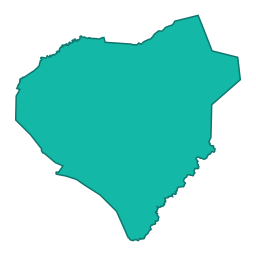 Danli, El Paraíso, Honduras
{"feature_id": "27666195B70228202857481", "entity_name": "Danli", "entity_type": "district", "adm_level": 2, "iso_a3": "HND", "parent_name": "Honduras", "parent_adm1": "El Paraíso", "projection": "orthographic", "projection_center": [-86.384, 14.061], "detail": "fine", "context": "isolated", "style": "filled", "palette": "teal", "viewbox_px": 256, "rotation_deg": 0, "n_neighbors": 0, "source": "geoboundaries", "source_scale": "gbopen_adm2", "svg_char_len": 5665}
<svg xmlns="http://www.w3.org/2000/svg" viewBox="0 0 256 256"><path d="M42.8,153.0L44.1,153.1L55.3,162.6L62.9,165.9L58.8,172.1L58.3,171.9L57.5,172.4L56.9,172.1L56.4,172.1L56.1,172.3L56.0,172.8L56.3,173.5L56.1,173.9L56.5,174.2L65.9,176.0L76.7,179.5L83.6,184.4L100.2,195.0L116.6,211.4L128.2,237.6L128.6,237.6L130.0,239.6L130.7,240.0L133.2,240.6L133.5,240.5L134.1,239.9L135.4,239.8L135.7,239.4L135.9,239.4L136.9,240.1L137.8,240.5L138.1,240.6L138.6,240.5L139.4,238.7L139.7,238.5L139.9,238.5L140.7,239.1L141.1,239.2L141.7,239.0L142.2,238.5L142.5,238.6L143.0,238.9L143.4,238.5L143.9,238.6L144.0,238.4L144.3,238.3L145.6,235.1L145.9,234.9L146.4,234.8L147.4,233.8L147.9,233.5L148.6,231.9L149.2,230.9L150.3,230.0L151.0,229.6L151.1,229.1L150.4,227.8L150.3,227.3L150.6,226.9L150.7,226.0L151.0,225.3L151.5,225.1L152.4,225.1L153.3,224.5L153.9,224.2L154.6,224.2L155.0,224.2L155.6,223.4L155.3,222.3L155.4,221.1L155.6,221.0L156.6,221.2L157.0,221.1L158.0,220.6L158.3,220.2L158.4,218.2L158.9,217.2L158.1,216.4L157.8,215.6L157.3,215.2L157.0,214.9L157.0,214.5L157.5,213.6L156.0,212.9L155.7,212.8L155.9,212.3L155.6,212.0L155.7,211.9L156.2,212.0L156.4,211.7L156.9,211.7L157.1,211.3L157.0,209.9L157.2,209.4L157.9,208.9L157.5,207.2L157.3,206.8L158.2,207.1L158.7,207.5L159.2,207.3L160.4,207.1L160.7,206.4L161.0,206.2L161.3,206.3L161.5,206.5L161.9,206.5L162.6,206.3L163.3,205.8L163.6,205.3L164.3,204.8L164.3,204.5L164.5,204.2L164.2,204.1L164.0,203.9L164.2,203.5L164.2,203.1L164.6,202.8L164.8,202.4L164.6,201.8L164.7,201.5L165.4,201.6L165.2,201.1L165.6,200.8L165.4,199.7L165.1,199.2L164.9,198.6L164.6,198.3L165.4,198.0L166.8,197.9L168.1,197.6L168.6,197.1L168.4,196.5L168.7,196.4L169.0,196.4L169.3,196.6L169.5,196.7L170.0,196.3L170.8,196.3L171.5,195.9L172.3,196.6L172.7,196.6L172.1,194.8L172.1,194.5L172.4,194.1L173.4,193.9L174.0,194.0L174.3,193.8L174.7,194.0L175.1,194.4L175.8,194.0L175.9,193.6L176.2,193.3L175.5,192.2L175.4,191.9L176.4,191.7L176.8,190.9L177.2,190.5L177.0,189.5L177.2,189.0L177.7,188.4L177.6,187.7L178.4,187.2L180.9,186.9L182.1,186.6L182.5,186.6L183.3,186.8L184.0,186.2L184.1,185.9L184.3,184.6L185.3,183.6L185.4,183.4L185.1,182.7L183.9,181.7L183.6,180.7L183.7,180.1L184.0,179.2L184.5,178.8L185.0,177.9L186.2,177.3L186.9,176.4L187.1,175.9L187.0,175.3L187.2,175.0L187.5,174.8L189.0,174.7L189.8,175.1L191.8,175.3L193.0,175.8L193.6,175.1L193.8,174.2L194.0,173.5L194.7,173.2L194.9,172.9L194.1,171.4L194.0,170.8L194.1,170.3L194.9,169.2L194.9,168.5L195.4,168.4L197.6,168.7L198.5,168.3L198.4,167.2L198.9,166.8L198.1,165.9L198.3,164.8L197.4,164.1L197.4,163.3L197.2,162.4L198.0,161.4L197.2,160.4L197.1,160.1L196.1,159.3L196.1,158.6L196.4,157.8L196.9,157.6L197.5,157.0L198.1,156.9L199.5,157.7L200.3,158.3L201.5,158.2L203.5,159.1L204.1,159.2L204.7,159.1L206.7,158.0L207.4,156.1L208.0,155.4L208.6,154.4L208.9,154.2L209.4,154.3L209.9,154.2L211.2,152.6L211.5,151.8L211.7,151.5L212.1,151.5L213.2,152.0L213.6,152.1L214.2,152.0L214.6,151.6L214.7,151.1L214.7,150.3L215.0,149.3L215.0,148.8L214.9,148.5L213.9,148.4L213.6,148.2L213.5,147.9L213.5,146.9L213.4,146.6L213.6,146.2L213.5,145.9L211.3,145.7L211.0,145.6L210.6,145.1L209.8,144.5L209.7,144.1L210.0,143.2L209.5,143.0L208.9,142.0L208.9,141.7L209.1,141.3L209.2,140.8L209.8,140.2L210.1,138.6L210.9,137.7L211.7,104.7L240.3,79.7L237.7,57.3L236.4,57.0L212.1,50.9L202.1,25.3L198.1,15.4L175.0,21.1L174.6,21.5L174.1,22.6L173.6,23.4L172.3,24.9L171.7,25.3L171.3,25.3L168.3,26.3L167.1,26.9L166.0,27.2L164.6,28.3L164.3,28.9L163.3,30.0L161.9,31.0L161.2,31.2L160.0,31.0L158.6,30.9L154.6,34.0L153.2,35.8L152.8,37.0L151.8,37.5L151.4,38.2L150.5,39.1L148.6,39.4L147.4,40.1L146.1,40.6L144.9,41.2L143.1,42.3L142.0,43.6L141.2,44.2L138.7,43.0L137.1,44.7L136.8,44.9L136.0,44.9L132.5,44.7L131.4,44.1L105.2,42.3L103.9,37.5L103.2,37.7L102.4,37.5L101.9,37.8L101.5,38.1L100.7,38.3L100.4,38.5L99.9,38.6L99.4,39.0L98.4,39.1L96.7,38.6L95.7,38.7L94.7,38.6L94.1,38.3L93.0,38.6L91.8,38.5L90.7,38.0L90.4,38.0L89.8,38.4L89.5,38.2L89.3,37.9L88.7,37.7L88.0,38.2L87.7,38.4L87.1,38.2L86.5,38.2L85.9,37.7L85.1,37.5L84.7,37.1L84.2,37.0L82.4,37.4L81.9,36.9L81.5,36.2L81.1,36.0L80.4,36.2L80.0,36.7L79.9,37.2L80.0,38.7L79.6,39.6L79.2,39.8L78.1,39.6L77.8,39.7L77.6,40.8L77.4,41.1L76.8,41.0L75.7,41.2L75.3,41.1L75.1,40.8L75.8,40.1L75.9,39.8L75.8,39.4L75.4,39.2L74.3,39.2L74.2,39.3L74.1,40.3L73.9,40.5L73.6,40.6L73.2,40.3L72.6,40.2L72.1,40.5L72.2,40.9L73.1,41.8L73.0,42.1L72.8,42.4L71.0,43.1L70.4,42.9L69.9,42.2L69.5,42.3L68.8,43.1L69.5,43.5L69.6,44.2L68.9,44.6L68.3,45.3L67.7,45.1L67.2,45.3L66.9,45.2L67.1,44.2L66.8,43.9L66.1,44.1L66.1,44.6L64.9,44.8L64.3,45.4L64.0,45.4L63.2,45.0L62.2,45.2L62.0,45.4L62.0,45.6L62.7,46.3L62.5,47.0L62.2,47.1L61.5,46.9L60.8,47.1L60.5,47.4L60.3,48.0L59.8,48.3L59.6,48.7L59.4,50.4L59.5,51.5L59.4,51.8L59.0,51.8L58.1,51.1L57.5,51.2L56.4,52.1L56.9,53.0L56.8,53.4L54.9,54.4L54.3,55.0L54.0,55.0L53.5,54.6L52.7,54.8L52.3,55.0L51.9,55.7L51.5,56.1L51.1,55.9L50.6,55.4L50.1,55.4L49.8,55.7L50.1,56.4L50.0,56.7L49.6,57.1L48.4,56.8L47.4,55.9L47.2,55.8L46.9,56.7L45.9,58.0L45.5,58.3L45.1,58.3L44.0,57.6L42.8,57.6L41.5,57.3L41.1,57.5L40.8,57.9L40.8,58.3L41.2,58.9L41.7,59.5L41.7,59.8L41.3,60.3L40.4,60.6L40.4,61.1L40.1,61.6L40.0,62.6L39.6,63.3L39.4,65.0L39.2,65.5L37.2,68.1L36.5,68.4L34.2,70.6L23.7,77.5L23.2,77.2L23.0,77.7L22.4,77.7L22.2,78.0L21.7,78.2L21.3,78.6L20.7,78.6L20.5,79.2L20.0,79.4L20.1,79.7L19.8,80.2L20.0,80.9L20.2,81.1L19.7,81.6L19.6,82.9L19.3,83.3L19.2,83.8L18.8,84.2L18.2,85.1L18.1,85.4L17.9,85.6L17.9,86.5L17.8,86.8L16.7,88.3L17.1,88.7L17.9,88.8L18.5,89.1L19.2,89.1L19.9,89.5L16.2,96.0L15.7,120.0L30.4,134.6L41.6,148.9L41.4,149.8L41.4,150.4L41.7,151.1L42.1,151.6L42.2,152.0L42.6,152.4L42.8,153.0Z" fill="#14b8a6" stroke="#0f766e" stroke-width="1.5"/></svg>